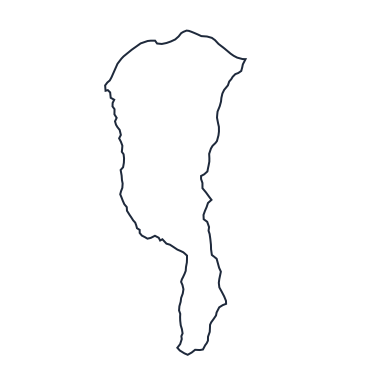 Narandiba, São Paulo, Brazil (Natural Earth projection), rotated 172°
{"feature_id": "56859067B67973256184477", "entity_name": "Narandiba", "entity_type": "district", "adm_level": 2, "iso_a3": "BRA", "parent_name": "Brazil", "parent_adm1": "São Paulo", "projection": "natural_earth1", "projection_center": [-51.523, -22.525], "detail": "fine", "context": "isolated", "style": "outline", "palette": "slate", "viewbox_px": 384, "rotation_deg": 172, "n_neighbors": 0, "source": "geoboundaries", "source_scale": "gbopen_adm2", "svg_char_len": 2583}
<svg xmlns="http://www.w3.org/2000/svg" viewBox="0 0 384 384"><g transform="rotate(172 192 192)"><path d="M228.2,39.8L226.1,36.7L222.0,33.3L218.9,31.4L214.6,33.1L210.9,35.3L206.2,34.4L203.1,34.5L200.2,38.5L198.5,40.2L196.9,42.6L196.3,46.4L193.9,51.0L193.2,54.6L192.6,58.0L191.1,60.3L188.2,63.3L185.4,66.4L184.4,69.3L181.1,74.0L177.3,75.7L173.8,76.5L173.5,79.5L174.7,84.2L176.3,88.7L178.2,93.7L178.1,98.3L177.1,101.9L174.5,109.1L175.7,113.2L176.9,122.5L181.1,126.9L181.1,132.6L180.6,137.1L180.4,142.9L180.4,147.9L181.0,151.3L180.0,154.9L181.1,160.4L184.2,163.4L183.8,167.7L181.8,171.5L179.7,174.9L177.7,178.9L173.8,181.5L175.6,184.7L178.2,189.6L181.1,194.3L180.4,199.5L181.2,203.6L180.8,206.6L177.5,207.8L173.9,210.2L172.9,213.1L171.8,216.1L170.6,219.7L170.1,223.0L169.7,227.4L167.2,232.4L165.2,234.9L161.9,237.3L160.2,239.0L157.9,244.4L156.9,248.1L156.3,252.8L156.6,256.3L156.9,262.1L156.2,265.3L155.5,268.1L152.6,273.1L150.7,277.5L149.8,281.1L148.2,285.3L145.9,288.7L141.6,292.6L139.8,296.2L137.4,298.3L135.7,300.4L132.7,302.7L129.6,303.4L126.4,305.0L124.9,308.5L123.9,311.3L120.5,316.1L123.4,316.6L128.6,318.8L131.8,321.1L134.5,323.6L139.9,329.6L145.1,334.9L148.1,339.2L150.9,341.9L155.5,343.9L157.9,344.4L161.1,345.1L164.5,347.3L167.8,349.3L170.4,350.8L172.7,352.0L174.9,352.6L178.2,351.8L180.6,350.8L183.6,347.9L187.4,345.4L192.0,344.0L196.5,343.1L201.3,342.8L205.9,343.9L207.5,347.0L211.8,347.6L214.9,347.7L222.2,346.3L232.0,341.2L240.9,335.8L243.3,333.9L247.9,329.4L255.8,316.7L257.9,313.9L260.6,312.2L263.2,309.6L263.5,304.3L261.2,304.6L259.2,302.0L259.4,296.6L256.2,294.2L258.2,291.2L258.8,287.8L257.2,284.8L258.0,279.7L256.3,275.9L258.4,272.7L257.9,269.2L256.8,266.6L255.0,263.5L254.5,258.4L256.7,255.3L255.4,251.6L254.5,247.5L255.1,244.8L255.9,241.6L254.5,238.9L254.6,234.8L255.4,230.4L256.8,226.1L259.6,223.7L259.4,218.0L259.7,213.6L259.5,210.1L260.4,205.8L262.2,202.6L263.4,199.7L262.5,196.2L261.8,193.1L260.7,189.3L258.7,186.1L259.0,182.5L256.9,177.8L255.7,175.4L254.2,172.1L252.5,169.6L251.9,166.9L251.5,163.8L249.1,161.8L249.5,158.7L247.7,155.8L245.0,153.9L242.6,152.0L239.2,152.3L234.8,153.8L231.3,151.3L230.3,148.4L227.9,149.3L224.5,144.4L221.2,142.9L218.2,140.3L214.5,137.0L211.7,135.3L209.0,133.5L207.4,131.7L205.8,129.7L206.3,126.2L206.9,122.9L208.4,118.5L209.2,114.8L210.7,112.1L212.7,109.0L214.2,106.9L215.3,104.5L214.4,101.3L214.0,96.9L215.3,92.7L217.5,88.6L218.5,84.9L220.4,80.6L221.3,76.5L220.6,73.0L221.2,69.8L221.6,66.1L221.7,61.5L221.1,57.7L221.0,53.3L222.6,50.7L222.6,47.8L224.9,43.0L228.2,39.8Z" fill="none" stroke="#1e293b" stroke-width="2"/></g></svg>